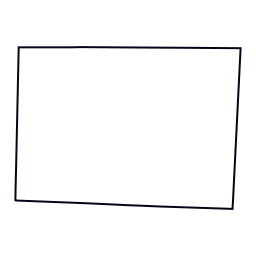 Rockingham, North Carolina, United States of America
{"feature_id": "52423323B98721671056324", "entity_name": "Rockingham", "entity_type": "district", "adm_level": 2, "iso_a3": "USA", "parent_name": "United States of America", "parent_adm1": "North Carolina", "projection": "mercator", "projection_center": [-79.829, 36.392], "detail": "fine", "context": "isolated", "style": "outline", "palette": "ink", "viewbox_px": 256, "rotation_deg": 0, "n_neighbors": 0, "source": "geoboundaries", "source_scale": "gbopen_adm2", "svg_char_len": 435}
<svg xmlns="http://www.w3.org/2000/svg" viewBox="0 0 256 256"><path d="M232.5,208.9L232.7,205.0L232.8,204.5L240.6,48.2L174.5,47.7L174.3,47.7L153.7,47.6L79.2,47.1L77.4,47.2L71.7,47.3L65.1,47.3L44.8,47.3L44.6,47.3L33.9,47.3L18.8,47.3L18.7,47.3L16.2,162.8L15.6,187.8L15.5,193.8L15.4,200.3L15.7,200.5L87.8,203.3L123.9,205.0L125.1,205.1L138.6,205.6L138.8,205.6L159.9,206.5L232.5,208.9Z" fill="none" stroke="#020617" stroke-width="2"/></svg>